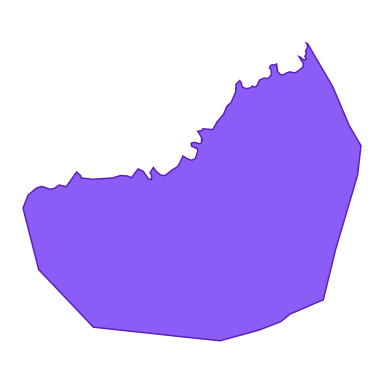 the district of San Bartolomé Loxicha, Oaxaca, Mexico
{"feature_id": "50627088B20953920134317", "entity_name": "San Bartolomé Loxicha", "entity_type": "district", "adm_level": 2, "iso_a3": "MEX", "parent_name": "Mexico", "parent_adm1": "Oaxaca", "projection": "orthographic", "projection_center": [-96.753, 15.957], "detail": "fine", "context": "isolated", "style": "filled", "palette": "violet", "viewbox_px": 384, "rotation_deg": 0, "n_neighbors": 0, "source": "geoboundaries", "source_scale": "gbopen_adm2", "svg_char_len": 1582}
<svg xmlns="http://www.w3.org/2000/svg" viewBox="0 0 384 384"><path d="M323.3,299.8L335.6,249.5L357.6,175.0L361.0,145.6L360.8,145.4L349.3,125.8L332.9,87.0L307.5,43.5L306.3,43.2L307.5,44.9L307.4,47.7L306.6,49.1L305.6,50.7L306.3,53.8L304.9,56.4L306.3,59.3L304.3,60.0L302.3,59.0L300.9,57.5L299.1,56.7L303.3,63.5L302.8,67.3L296.2,72.3L294.5,72.9L289.9,71.9L285.6,73.3L284.7,74.3L281.4,74.9L279.4,73.6L277.6,71.4L276.6,64.0L275.0,64.9L271.7,64.9L270.3,65.9L269.5,68.1L271.0,69.4L271.4,73.6L270.8,75.7L267.9,78.5L264.1,78.1L259.5,80.1L257.3,85.0L255.8,86.8L254.4,87.2L252.5,86.0L250.3,87.9L245.9,88.6L242.1,86.9L241.2,82.6L239.7,80.6L236.1,84.2L235.6,92.2L230.9,102.9L229.7,103.7L227.0,106.2L223.5,114.3L217.1,121.9L212.7,129.6L202.9,128.8L201.6,130.6L197.7,131.3L200.4,135.4L202.1,139.0L201.5,139.3L201.3,139.9L202.2,140.5L201.2,142.7L199.4,143.7L193.9,142.3L191.1,143.4L191.7,146.3L197.1,148.6L197.9,150.9L196.4,155.5L195.2,158.8L191.6,160.2L187.8,159.0L182.9,156.0L179.4,163.9L177.3,166.8L172.5,169.7L164.9,175.6L160.5,175.0L156.2,171.3L153.4,167.5L150.1,172.6L151.8,175.8L151.3,179.5L148.5,179.0L143.2,171.3L138.1,168.9L131.5,177.7L127.5,176.0L120.6,175.5L112.7,177.9L92.7,179.3L81.0,177.9L80.7,175.7L76.6,172.0L66.2,186.7L59.1,185.0L54.8,188.2L50.3,189.3L41.7,186.4L36.8,187.9L28.3,194.9L23.1,207.8L23.0,208.0L38.7,269.6L54.5,286.2L93.4,327.2L117.7,329.8L134.8,331.7L144.0,332.6L176.7,336.2L196.7,338.3L217.6,340.5L219.9,340.8L239.7,335.4L258.3,330.3L272.6,324.8L280.8,321.6L290.2,314.0L303.3,308.4L314.3,303.6L323.3,299.8Z" fill="#8b5cf6" stroke="#5b21b6" stroke-width="1.5"/></svg>